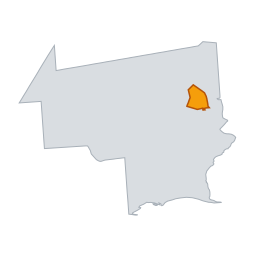 Eayoune El Atrous, Hodh el Gharbi, Mauritania (highlighted), rotated 266°
{"feature_id": "47542326B47795340566920", "entity_name": "Eayoune El Atrous", "entity_type": "district", "adm_level": 2, "iso_a3": "MRT", "parent_name": "Mauritania", "parent_adm1": "Hodh el Gharbi", "projection": "natural_earth1", "projection_center": [-9.445, 16.825], "detail": "fine", "context": "in_parent", "style": "filled", "palette": "amber", "viewbox_px": 256, "rotation_deg": 266, "n_neighbors": 0, "source": "geoboundaries", "source_scale": "gbopen_adm2", "svg_char_len": 3699}
<svg xmlns="http://www.w3.org/2000/svg" viewBox="0 0 256 256"><g transform="rotate(266 128 128)"><path d="M108.7,233.7L108.4,233.6L106.8,232.4L106.1,230.9L104.9,229.8L103.2,229.1L102.1,228.2L101.6,227.3L101.0,226.7L100.3,226.3L100.3,226.0L100.4,225.5L100.3,224.7L99.3,222.8L98.4,221.9L97.6,222.0L97.2,221.8L96.9,221.4L96.8,220.8L96.3,220.2L95.3,220.0L94.6,218.6L94.0,216.0L93.3,213.9L92.4,212.5L91.8,211.9L91.3,211.8L91.2,211.6L91.0,211.2L90.3,211.0L89.3,211.5L88.5,211.3L88.0,210.6L87.4,210.5L86.6,211.1L85.8,211.0L84.9,210.0L84.4,209.1L84.3,208.2L82.7,206.4L79.6,203.6L76.2,202.3L72.6,202.5L70.5,202.4L70.1,201.9L69.6,202.0L69.2,202.5L68.7,202.6L68.2,202.3L67.9,202.5L67.7,203.2L66.4,203.6L64.0,203.6L62.0,204.0L60.5,204.9L58.4,205.2L55.6,205.1L53.9,204.8L53.4,204.3L52.6,204.2L51.6,204.4L50.6,205.8L49.8,208.3L49.1,209.6L48.6,210.0L48.0,211.8L47.7,214.9L47.2,216.2L47.2,208.6L48.0,205.7L48.3,203.2L50.1,197.7L52.1,193.2L54.0,187.2L54.8,181.4L54.6,175.7L54.1,170.6L53.2,167.2L52.3,162.4L51.0,159.8L48.6,157.6L48.1,156.3L48.6,155.8L50.1,155.5L51.1,153.7L49.1,154.4L51.5,149.0L52.2,145.4L52.2,143.0L52.6,141.5L50.9,138.3L49.5,134.3L48.8,133.7L48.1,133.3L48.0,134.3L47.6,135.1L46.8,134.6L45.3,131.7L43.2,126.9L42.5,126.4L41.9,127.1L41.5,127.7L40.7,131.7L40.5,130.1L40.8,128.3L41.4,126.0L42.0,122.8L43.9,122.8L47.1,122.8L53.7,122.8L57.0,122.8L63.6,122.7L66.9,122.7L73.4,122.7L76.7,122.7L83.3,122.7L86.6,122.7L93.2,122.7L96.4,122.7L98.6,122.7L98.5,120.4L98.4,118.6L98.3,116.2L98.2,113.8L98.0,111.4L97.9,109.2L97.8,106.9L97.7,104.8L97.6,102.9L97.4,101.8L96.8,99.6L96.6,98.5L96.8,97.4L97.3,96.3L98.6,94.3L100.5,92.8L102.8,91.0L104.5,89.7L105.3,89.4L108.0,88.9L110.1,87.9L112.2,86.9L113.0,86.3L113.1,84.5L113.3,43.2L123.4,43.2L126.0,43.2L144.5,43.2L147.2,43.2L160.6,43.2L160.6,41.3L160.6,38.5L160.6,34.7L160.6,30.8L160.6,24.0L160.6,21.2L163.2,23.1L168.6,26.9L171.2,28.8L176.6,32.5L181.9,36.3L187.2,40.1L189.9,42.0L192.6,43.8L195.3,45.7L198.0,47.6L203.3,51.4L205.6,53.0L209.0,55.5L212.3,57.9L215.5,60.3L210.5,60.3L203.9,60.3L199.3,60.3L194.7,60.3L190.3,60.3L190.7,64.2L191.2,68.4L191.6,72.7L192.0,76.9L192.4,81.1L193.7,93.9L194.2,98.1L194.6,102.3L195.0,106.6L195.5,110.8L196.3,119.3L196.8,123.5L197.2,127.8L197.6,132.0L198.1,136.2L198.5,140.5L199.4,148.9L199.8,153.2L200.2,157.4L200.7,161.6L201.1,165.9L201.5,170.1L202.0,174.3L202.4,178.6L203.3,187.0L203.7,191.3L204.1,195.5L204.6,199.7L205.0,203.8L206.7,206.0L208.9,208.7L208.3,212.5L207.6,217.1L206.8,222.0L200.7,222.0L194.8,222.0L180.1,222.0L177.1,222.0L162.3,222.0L159.4,222.0L153.7,222.0L152.0,221.9L151.4,221.5L151.2,219.0L150.7,219.1L150.1,219.9L149.8,220.7L149.9,221.8L149.8,222.7L147.9,223.0L145.3,223.6L142.6,224.1L139.9,223.9L139.0,223.7L138.0,223.4L135.8,223.0L134.6,223.0L133.3,223.1L131.7,223.3L131.2,223.8L130.0,225.7L128.8,227.9L128.0,227.9L127.2,226.7L124.8,224.4L122.0,221.3L120.7,219.8L120.0,219.6L118.6,220.7L117.5,221.8L116.3,223.2L115.7,224.6L115.3,226.3L115.1,228.3L114.6,230.6L113.6,232.4L112.4,233.8L111.6,234.4L111.2,234.8L108.7,233.7ZM50.2,150.4L49.2,152.1L48.8,151.4L48.7,150.4L49.5,148.8L49.9,148.0L50.6,147.7L50.2,150.4Z" fill="#d9dde1" stroke="#a8b0b8" stroke-width="1"/><path d="M159.8,204.4L160.2,203.9L161.4,202.4L163.6,199.7L166.5,196.1L161.9,190.8L154.8,192.0L154.0,192.1L150.3,190.4L149.2,190.0L148.8,189.8L147.7,189.2L146.3,188.5L145.5,188.3L143.0,195.0L142.6,196.1L141.7,198.4L142.5,203.8L140.7,204.1L140.8,206.0L142.2,205.2L142.2,205.6L142.3,206.0L142.5,207.0L142.6,208.1L142.6,209.0L142.6,209.8L142.6,210.5L144.3,209.3L145.6,209.3L147.0,209.2L149.0,209.0L150.2,208.8L151.5,208.7L154.1,208.2L154.9,207.9L156.4,207.3L157.1,207.0L157.7,206.8L159.8,204.4Z" fill="#f59e0b" stroke="#b45309" stroke-width="1.5"/></g></svg>